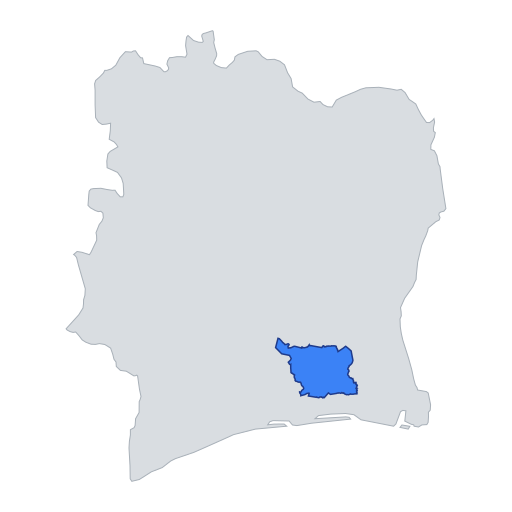 Agneby-Tiassa, Agnéby, Ivory Coast shown in context
{"feature_id": "98640826B52449815511854", "entity_name": "Agneby-Tiassa", "entity_type": "district", "adm_level": 2, "iso_a3": "CIV", "parent_name": "Ivory Coast", "parent_adm1": "Agnéby", "projection": "robinson", "projection_center": [-4.418, 5.953], "detail": "fine", "context": "in_parent", "style": "filled", "palette": "blue", "viewbox_px": 512, "rotation_deg": 0, "n_neighbors": 0, "source": "geoboundaries", "source_scale": "gbopen_adm2", "svg_char_len": 8835}
<svg xmlns="http://www.w3.org/2000/svg" viewBox="0 0 512 512"><path d="M104.8,70.4L106.7,70.4L111.5,68.8L115.8,65.2L119.9,57.7L125.4,51.7L131.5,52.1L133.3,51.0L135.5,50.8L138.1,54.8L140.7,57.8L142.5,57.9L143.8,63.6L155.1,66.0L159.9,67.5L163.9,71.7L165.3,71.8L167.1,70.9L168.4,69.5L168.7,67.9L166.9,64.1L167.7,60.7L169.5,57.7L172.4,57.5L176.8,56.7L181.8,56.7L185.5,57.2L187.0,54.2L185.6,45.7L186.0,41.0L186.6,37.1L188.0,35.5L193.5,40.5L198.6,42.2L202.3,42.4L203.3,41.4L201.7,36.0L202.2,34.4L203.5,33.5L205.9,32.9L212.4,30.7L213.1,31.2L214.3,39.7L213.7,42.5L215.1,48.2L216.7,53.6L216.6,55.8L215.2,59.1L213.6,62.2L213.8,63.4L216.3,65.5L221.3,67.6L226.4,68.1L229.3,65.0L232.3,62.5L234.3,60.2L235.0,56.8L238.3,54.4L247.6,51.3L256.1,50.8L258.2,51.8L262.1,56.5L267.0,59.7L274.4,59.3L279.8,61.2L284.5,64.8L287.6,72.8L291.1,78.6L292.6,86.9L298.0,91.2L302.2,93.1L308.0,99.1L314.0,102.2L320.1,101.5L323.0,104.6L327.6,106.8L332.2,107.0L336.3,100.1L341.6,97.3L355.1,91.8L360.5,89.3L365.9,87.8L378.9,87.3L391.0,89.0L397.0,90.2L401.2,89.3L405.1,92.6L409.1,99.4L412.4,101.6L415.8,104.0L418.3,109.4L421.2,114.8L422.8,117.2L426.5,122.5L429.6,122.6L432.7,120.3L434.0,118.6L434.6,122.1L433.4,127.8L433.6,131.3L435.3,132.6L434.4,137.2L430.9,144.9L430.8,149.4L434.4,150.8L436.9,155.7L438.4,164.0L440.0,166.7L440.1,168.4L442.7,188.5L445.9,208.6L443.9,211.2L441.1,211.9L439.3,212.9L438.8,214.8L440.0,217.5L439.2,220.0L435.8,221.7L428.2,228.1L427.7,230.7L425.7,236.1L424.1,239.4L421.6,245.6L417.7,261.9L416.3,275.4L416.1,279.5L414.6,282.4L412.9,286.6L404.7,298.2L400.5,307.6L401.1,311.8L401.3,315.9L400.0,318.9L400.3,326.8L401.3,333.5L402.8,340.1L408.7,358.7L411.8,369.9L413.7,379.0L415.4,385.1L417.0,387.6L417.6,390.0L426.4,391.6L428.2,393.0L430.6,404.8L430.2,410.2L428.4,412.2L428.5,416.7L428.1,422.4L426.8,424.6L421.9,424.9L418.5,427.0L414.1,426.2L413.7,424.8L411.3,424.3L404.8,421.1L405.9,410.8L402.8,410.4L400.5,411.7L395.9,424.0L393.6,426.2L361.0,419.8L353.9,414.7L345.5,413.5L330.7,414.1L318.5,415.6L315.0,418.7L345.8,416.9L349.1,417.3L350.6,419.1L311.7,423.2L296.8,425.6L292.5,425.0L289.1,421.0L273.0,420.6L269.7,421.8L267.7,424.8L274.0,424.1L284.1,424.0L286.7,426.2L255.4,429.1L233.6,434.6L224.4,438.8L194.0,452.3L175.5,458.6L170.7,461.0L162.2,467.6L151.4,471.8L139.3,479.5L131.8,481.3L130.2,478.8L130.0,465.7L129.0,448.0L129.4,441.3L130.4,435.0L130.4,429.7L134.1,427.7L135.1,425.5L135.6,418.7L139.1,412.5L139.2,401.6L140.2,399.4L141.0,396.5L139.5,389.4L137.6,375.9L136.7,375.1L135.9,375.6L133.9,375.9L126.3,371.2L120.4,370.4L116.3,366.5L116.0,362.0L114.0,359.3L112.7,354.1L110.6,348.1L104.8,344.5L99.4,343.6L95.5,344.4L91.0,344.2L85.8,342.2L82.2,339.9L78.8,335.5L75.7,332.0L73.1,332.4L70.1,331.6L67.1,330.0L66.1,328.8L78.7,314.9L83.0,308.0L83.5,303.9L83.6,299.7L84.9,295.4L85.3,288.8L78.4,264.9L76.6,257.5L74.8,255.3L73.6,254.5L77.1,251.5L82.0,252.3L89.4,254.7L91.0,252.3L96.7,240.2L96.6,235.8L96.0,232.7L99.3,224.4L101.9,221.2L103.3,217.8L102.9,213.1L100.9,211.3L98.3,211.6L95.2,210.5L90.4,207.8L88.0,205.4L88.8,194.5L89.2,191.1L90.9,189.1L93.6,188.6L100.9,188.3L106.9,189.5L112.2,190.3L115.0,190.2L117.2,193.5L120.2,196.8L122.9,196.8L123.8,194.3L123.2,183.5L121.5,177.9L117.5,172.4L107.1,167.7L106.8,161.1L107.9,154.0L110.2,151.4L117.9,146.9L116.5,144.5L114.1,141.9L109.2,139.3L110.3,130.8L110.6,123.2L106.4,124.1L102.2,124.5L98.6,122.2L95.6,117.6L95.1,104.9L95.1,90.3L94.6,83.8L95.7,80.4L99.4,77.2L103.4,73.1L104.8,70.4ZM409.9,426.3L408.2,429.1L400.0,427.4L401.9,425.0L409.9,426.3Z" fill="#d9dde1" stroke="#a8b0b8" stroke-width="1"/><path d="M310.3,345.5L310.1,345.7L309.9,345.6L309.4,345.4L309.1,345.0L309.1,344.9L309.0,345.0L309.0,345.3L309.0,345.5L308.9,345.6L308.7,345.6L308.5,346.0L308.1,346.4L307.7,346.5L307.5,347.0L307.3,347.1L307.2,347.1L306.9,347.0L306.6,347.2L306.2,347.4L305.6,347.5L305.4,347.5L305.1,347.6L304.7,347.7L304.2,347.8L303.9,347.8L303.5,347.6L303.2,347.6L302.8,347.7L302.5,347.5L302.4,347.3L302.0,346.9L301.8,347.0L301.7,347.3L302.0,347.5L302.1,347.9L301.5,348.1L301.4,348.0L301.3,347.9L301.1,347.9L294.9,346.3L294.2,346.3L293.3,346.5L293.1,346.6L292.9,346.9L292.2,347.1L291.7,347.4L291.2,347.6L290.7,347.9L290.2,347.7L289.1,348.0L288.8,347.9L288.6,348.0L288.3,348.1L288.1,347.5L288.2,347.2L287.9,346.2L288.5,345.7L289.0,344.9L289.1,344.4L288.3,343.8L287.9,343.9L287.5,343.9L287.1,344.1L286.7,344.3L286.3,344.4L286.0,344.5L285.7,344.4L285.3,344.4L285.0,344.6L283.4,342.9L282.7,342.6L282.1,341.7L281.8,341.3L279.3,338.7L278.0,338.3L275.6,347.6L281.7,353.8L289.5,355.4L291.2,358.5L290.4,360.2L288.3,362.2L289.5,364.2L290.5,364.8L290.7,364.6L290.7,368.5L290.8,368.7L291.0,372.3L291.0,372.6L291.6,373.2L292.2,373.2L292.4,373.3L292.9,373.9L293.1,374.0L293.3,374.3L293.7,374.4L293.9,374.4L294.1,374.6L294.6,374.9L294.6,375.1L294.3,375.5L294.2,375.7L294.3,375.9L294.2,376.2L294.3,376.8L294.3,377.7L294.6,377.9L294.8,378.3L294.9,378.6L295.0,378.8L295.0,379.1L295.2,379.3L295.2,379.8L295.1,380.2L295.1,380.4L295.1,380.5L295.9,381.3L296.0,381.3L296.6,381.3L297.1,381.5L298.2,382.1L299.6,382.1L300.4,382.2L300.4,382.4L300.5,382.4L300.6,382.5L300.8,382.8L300.9,383.1L301.2,383.4L301.2,383.6L301.2,384.1L301.5,385.1L301.9,385.7L302.1,386.0L302.7,386.3L302.9,386.5L303.3,387.3L303.7,388.1L303.7,388.4L303.3,389.4L302.9,389.6L302.5,389.8L301.8,390.4L301.5,390.9L301.2,391.7L301.1,391.8L300.5,392.2L300.4,392.2L300.2,392.1L299.6,391.9L299.6,392.0L299.6,392.3L299.7,392.5L299.9,392.7L299.9,393.2L300.1,393.3L300.3,393.5L300.5,394.0L300.7,394.6L300.9,394.8L300.8,395.7L304.9,394.6L305.0,394.5L305.2,394.4L305.9,394.1L306.3,393.7L306.7,393.5L307.0,393.5L307.2,393.4L307.4,393.4L307.7,393.3L307.9,393.3L308.3,393.2L308.5,393.3L308.8,393.2L309.2,393.3L308.4,396.0L315.8,397.2L316.0,397.2L316.3,397.0L316.5,397.0L316.8,397.1L317.0,397.4L317.3,397.4L318.7,397.7L319.0,397.7L319.6,397.2L319.8,397.0L320.1,397.0L320.7,396.9L321.0,397.1L321.5,396.9L321.6,397.0L321.8,397.3L322.3,397.4L322.5,397.6L322.8,397.4L322.9,397.6L323.0,397.5L323.3,397.6L323.4,397.4L323.7,397.7L323.9,397.7L324.2,397.7L328.4,392.9L330.4,394.4L336.6,393.4L336.9,393.2L337.3,393.2L337.7,393.0L338.0,393.0L338.3,393.1L338.7,392.9L339.0,393.0L339.4,392.9L339.7,393.0L340.0,393.0L340.5,393.3L341.3,393.1L341.8,392.6L342.4,393.0L342.9,392.9L342.9,393.2L343.1,393.3L343.3,393.2L343.6,393.3L343.9,393.1L344.0,393.1L344.2,393.4L344.7,393.9L344.9,394.1L345.2,394.2L346.6,394.7L346.8,394.7L347.2,394.6L347.7,394.6L348.5,394.8L350.6,393.9L350.9,394.2L351.1,394.2L353.1,394.2L353.7,394.1L354.6,393.9L355.2,393.9L355.9,393.8L356.3,393.9L356.7,393.8L356.5,393.6L356.4,393.3L356.6,393.1L356.6,392.8L356.7,392.6L356.9,392.6L356.8,392.4L356.9,392.2L356.7,391.9L356.7,391.7L356.6,391.4L356.5,391.2L356.6,390.9L356.6,390.7L356.8,390.7L357.0,390.8L357.2,390.7L357.1,390.4L357.0,389.9L356.9,389.8L356.9,389.5L356.9,389.4L356.7,389.4L356.7,389.1L356.8,389.0L356.7,389.0L356.5,388.7L356.6,388.4L356.4,388.4L356.2,388.4L356.3,388.2L356.6,388.0L356.7,387.9L356.6,387.7L356.4,387.6L356.4,387.3L356.6,387.2L356.9,386.8L356.9,386.5L356.8,386.3L356.9,386.1L356.9,385.8L357.0,385.7L356.9,385.6L357.1,385.5L357.2,385.4L357.0,385.2L356.9,385.1L356.9,384.7L356.7,384.5L356.4,384.6L356.3,384.4L356.1,384.3L355.9,384.1L355.7,383.8L355.7,383.4L355.8,383.3L356.0,383.3L356.1,382.8L356.0,382.6L355.8,382.8L355.6,382.5L355.4,382.5L355.2,382.5L355.1,382.4L354.9,382.3L354.7,382.4L354.6,382.8L354.0,383.0L353.8,382.9L353.7,382.7L353.5,382.2L353.4,381.8L353.4,381.3L353.5,380.7L353.4,380.2L353.1,380.0L352.9,379.7L352.9,378.8L352.8,378.6L352.6,378.7L352.6,378.9L352.2,378.7L351.9,378.5L351.6,378.5L351.4,378.1L351.0,377.8L350.7,377.8L350.5,378.0L350.1,377.8L349.8,377.6L349.5,377.3L349.2,377.1L349.1,376.6L348.9,376.1L348.6,375.8L348.4,375.5L348.0,375.1L347.8,374.9L347.8,374.7L347.7,374.5L347.7,374.3L347.9,373.5L348.2,373.1L348.3,372.5L348.5,372.2L348.6,371.7L348.9,371.5L349.0,371.3L349.0,371.2L348.8,370.9L348.9,370.5L348.7,370.0L348.6,369.8L347.8,369.3L347.8,369.1L347.8,368.8L348.0,368.2L348.3,367.8L348.3,367.6L348.8,366.8L349.1,366.6L349.1,366.4L349.1,365.8L349.2,365.6L350.0,365.2L350.4,364.9L351.4,363.9L351.8,363.4L352.3,362.5L352.4,362.1L352.9,360.6L352.8,359.6L351.5,352.9L351.2,351.0L348.7,348.7L345.7,346.3L345.2,346.6L343.0,348.4L342.9,348.4L338.2,351.5L338.2,351.4L337.8,351.0L337.7,350.9L337.6,350.4L337.7,350.0L337.5,349.9L337.4,349.8L337.2,349.2L337.1,348.8L337.0,348.5L336.7,348.3L336.6,348.0L336.5,347.6L336.2,347.3L336.2,347.1L336.3,346.7L336.1,346.3L335.7,346.0L335.3,346.1L334.6,345.9L334.1,345.8L333.6,345.9L333.2,345.8L332.3,345.9L332.0,345.9L331.4,345.8L330.9,346.2L330.7,346.2L330.3,346.1L329.3,346.1L328.6,346.0L328.4,346.0L328.2,346.2L327.9,346.3L327.3,346.1L327.0,346.0L325.9,346.8L325.6,346.6L325.3,346.6L325.1,346.8L324.4,346.9L324.2,346.8L324.1,346.3L323.7,345.8L323.2,345.9L322.9,346.0L322.1,347.1L321.8,347.6L310.3,345.5Z" fill="#3b82f6" stroke="#1e3a8a" stroke-width="1.5"/></svg>